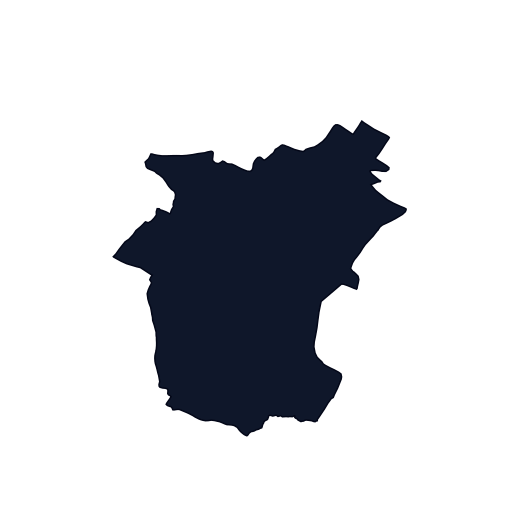 the district of Svay Antor, Prey Vêng, Cambodia, rotated 215°
{"feature_id": "14789045B38642504760800", "entity_name": "Svay Antor", "entity_type": "district", "adm_level": 2, "iso_a3": "KHM", "parent_name": "Cambodia", "parent_adm1": "Prey Vêng", "projection": "albers", "projection_center": [105.453, 11.505], "detail": "fine", "context": "isolated", "style": "filled", "palette": "ink", "viewbox_px": 512, "rotation_deg": 215, "n_neighbors": 0, "source": "geoboundaries", "source_scale": "gbopen_adm2", "svg_char_len": 5479}
<svg xmlns="http://www.w3.org/2000/svg" viewBox="0 0 512 512"><g transform="rotate(215 256 256)"><path d="M246.7,427.2L246.6,425.8L246.6,424.7L246.4,422.6L246.3,419.8L246.3,416.3L246.3,413.5L246.1,411.7L247.1,411.2L248.7,411.1L251.7,411.1L255.2,411.0L258.8,411.0L262.0,410.9L264.4,410.3L266.0,409.1L266.6,407.2L266.7,404.6L266.5,401.3L266.4,397.0L266.3,393.2L267.1,388.0L269.0,382.4L270.6,378.9L273.8,375.3L276.2,372.0L276.6,370.0L277.3,368.6L280.8,367.0L285.6,365.3L290.2,364.3L292.2,363.9L293.9,363.4L296.3,362.9L298.1,362.1L298.8,361.0L299.6,358.3L300.5,356.0L301.3,354.4L300.9,351.8L301.0,349.4L301.6,348.2L302.2,345.2L303.1,341.8L304.2,339.1L305.5,339.1L308.3,339.4L309.5,339.2L311.0,337.7L311.4,335.6L311.5,332.9L311.0,330.1L309.9,327.9L308.9,326.0L308.6,323.8L309.3,322.0L311.8,320.5L314.9,319.7L318.2,319.0L321.5,318.5L325.0,318.1L328.5,317.4L331.0,315.8L332.9,315.0L335.9,315.1L337.8,314.6L338.7,312.0L339.9,310.0L342.8,308.8L346.2,309.3L347.3,310.7L348.4,312.8L350.2,315.9L351.4,316.5L352.8,316.1L355.5,313.3L357.3,311.0L358.8,309.7L362.1,306.7L366.0,302.7L370.6,298.5L374.2,295.6L378.4,292.8L382.0,290.2L382.8,289.6L386.7,286.7L390.6,284.0L394.2,282.1L397.3,280.7L399.7,279.9L400.6,279.3L400.4,278.3L400.0,276.1L399.7,273.9L400.0,272.9L400.7,269.3L399.5,268.4L397.2,266.2L395.1,265.6L392.2,266.2L389.3,266.9L387.4,267.3L386.2,267.1L385.3,266.9L383.9,266.9L381.6,267.1L379.4,266.9L377.0,266.7L374.0,265.7L371.7,264.9L369.0,263.7L367.1,263.0L365.0,262.5L363.4,262.1L360.8,262.2L359.1,261.7L357.0,260.0L356.4,258.7L355.9,257.8L355.0,256.2L354.9,253.6L354.2,252.4L353.5,250.7L351.9,249.1L351.8,246.3L351.7,245.4L350.6,241.7L351.0,240.9L352.8,240.9L355.3,240.5L357.6,239.9L359.6,239.4L360.4,238.8L362.4,239.2L364.1,238.1L363.1,235.1L361.1,232.4L361.2,228.4L361.8,224.5L363.4,221.4L366.1,220.6L366.4,219.6L366.6,217.6L367.3,213.9L368.9,208.1L368.8,203.2L369.7,196.8L371.3,192.8L371.6,188.6L371.9,182.8L371.9,177.5L372.5,173.6L371.7,173.5L363.5,174.4L359.7,175.1L357.6,175.5L356.0,176.0L347.3,178.9L345.6,179.6L344.0,180.2L331.4,180.6L330.0,180.8L330.0,178.2L329.4,175.6L326.6,174.5L325.8,172.9L325.5,170.1L324.7,166.2L323.5,162.7L319.8,158.7L316.4,155.9L312.8,153.5L308.5,149.2L307.9,148.5L305.7,146.5L303.6,143.9L299.8,141.1L294.2,136.4L292.3,133.8L291.8,133.2L290.8,132.2L289.7,130.6L287.6,127.9L285.9,125.4L284.0,122.1L283.9,121.5L283.2,120.3L282.4,118.2L281.6,116.4L280.2,114.2L278.3,111.8L276.6,110.1L274.1,108.2L272.0,106.4L269.2,103.9L267.2,102.3L265.0,100.1L262.8,97.9L261.8,95.2L260.7,93.8L259.4,93.4L256.8,94.3L254.4,95.7L252.0,96.3L250.8,95.1L249.3,92.6L248.0,92.1L246.3,92.4L244.9,92.0L244.7,89.9L244.7,87.5L244.7,84.6L244.5,83.0L243.7,82.8L242.4,82.8L240.6,83.3L239.2,83.8L237.8,83.5L236.7,82.8L235.9,82.3L234.6,83.2L233.4,84.4L231.9,85.7L230.6,86.4L227.9,87.0L225.6,87.5L222.9,88.1L220.7,88.5L218.4,88.8L216.2,89.1L213.5,89.2L211.5,89.5L209.3,89.8L207.0,90.4L205.1,91.1L202.9,92.1L200.7,93.8L198.5,95.9L195.7,97.4L193.0,98.5L190.8,99.4L188.4,100.0L185.3,100.6L183.1,101.2L181.7,102.1L179.8,103.2L178.5,103.9L177.2,104.4L176.3,104.7L175.2,104.7L174.2,104.8L173.3,104.9L172.1,104.6L171.3,104.3L170.4,104.0L169.5,103.7L167.6,103.3L165.6,103.1L164.0,103.0L163.0,103.0L161.7,103.2L160.4,103.5L160.1,104.1L160.0,105.2L160.1,106.5L159.9,107.5L159.5,108.9L159.0,109.6L158.0,110.6L157.0,111.9L156.3,113.5L155.4,114.6L154.4,115.8L153.8,117.2L152.8,118.5L153.0,119.5L153.6,121.0L154.0,122.6L154.0,123.5L154.4,124.8L154.1,126.3L153.0,128.3L152.9,129.1L153.5,131.3L154.0,132.3L153.4,133.4L152.5,133.9L150.5,134.5L149.4,135.8L148.4,137.0L147.2,137.3L146.2,137.1L145.3,137.8L145.0,138.5L144.4,139.2L143.4,139.4L142.2,139.4L140.8,140.5L139.7,141.4L138.4,142.3L137.5,142.7L136.8,143.4L136.1,144.0L135.1,144.6L134.3,145.1L133.7,145.6L133.3,146.5L132.7,147.3L132.1,146.8L131.6,146.0L130.7,145.9L129.2,146.1L128.3,146.1L127.4,145.7L125.9,146.0L124.6,146.0L124.0,146.4L123.5,147.2L122.8,147.6L122.1,148.5L121.8,149.4L120.7,150.5L119.2,151.3L117.9,152.0L117.1,152.4L115.9,153.0L114.3,153.4L113.6,153.6L112.5,154.2L112.0,155.4L111.3,156.2L112.0,157.2L112.0,160.3L112.2,169.7L112.7,176.6L112.6,182.2L111.6,184.4L112.3,187.3L113.4,194.6L115.6,204.0L116.6,206.1L118.0,207.4L118.7,208.1L121.7,208.2L126.6,207.6L131.3,206.8L136.1,206.2L138.9,206.1L141.7,207.2L143.2,207.3L144.4,207.5L147.9,208.1L152.0,210.4L156.5,214.8L159.0,219.0L161.3,224.3L164.9,232.1L168.2,238.3L172.3,246.2L175.0,252.4L176.1,255.0L176.6,256.2L169.9,282.0L168.1,283.1L164.4,284.2L160.1,285.2L157.1,285.8L155.5,286.3L154.7,286.4L154.6,287.3L155.6,289.4L156.9,292.7L158.3,295.7L160.8,298.0L163.9,298.6L166.9,299.0L167.4,298.7L169.9,299.5L171.4,300.1L172.1,302.3L173.0,305.7L173.3,309.4L173.0,313.1L172.8,318.8L173.1,323.7L173.1,328.1L172.6,331.9L172.0,336.3L171.5,339.5L171.4,343.0L171.2,345.3L171.2,346.7L170.9,347.3L171.1,348.4L171.1,351.0L170.2,354.0L168.1,357.6L165.5,362.2L162.8,367.6L159.9,374.1L159.1,377.9L159.5,379.8L160.0,380.6L161.8,380.5L166.5,379.4L173.6,378.1L180.6,377.3L186.5,377.7L192.3,378.0L195.8,378.3L200.7,379.6L202.9,380.4L201.4,382.3L199.8,384.8L198.9,386.3L196.9,388.1L197.0,389.0L198.8,388.8L202.7,389.1L208.1,389.5L211.1,390.6L211.4,391.4L210.4,392.4L207.6,394.6L204.4,396.4L201.4,397.7L198.1,399.9L196.9,403.0L197.7,404.6L200.7,404.9L205.8,404.7L209.9,404.4L213.5,404.3L214.4,405.0L214.1,410.7L214.2,416.0L214.5,422.4L214.5,427.5L214.7,429.4L215.7,429.7L218.4,429.6L224.6,428.6L232.1,427.5L238.9,427.3L243.6,427.1L246.7,427.2Z" fill="#0f172a" stroke="#020617" stroke-width="1.5"/></g></svg>